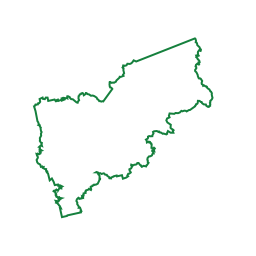 the district of Yarra Ranges, Victoria, Australia, rotated 338°
{"feature_id": "25037944B70077936823133", "entity_name": "Yarra Ranges", "entity_type": "district", "adm_level": 2, "iso_a3": "AUS", "parent_name": "Australia", "parent_adm1": "Victoria", "projection": "mercator", "projection_center": [145.617, -37.75], "detail": "fine", "context": "isolated", "style": "outline", "palette": "green", "viewbox_px": 256, "rotation_deg": 338, "n_neighbors": 0, "source": "geoboundaries", "source_scale": "gbopen_adm2", "svg_char_len": 5755}
<svg xmlns="http://www.w3.org/2000/svg" viewBox="0 0 256 256"><g transform="rotate(338 128 128)"><path d="M224.9,84.2L224.4,83.6L225.0,82.5L224.5,81.4L224.6,80.0L223.3,77.1L223.7,75.4L223.5,74.3L222.9,73.9L223.8,72.4L223.9,70.5L223.6,70.0L160.5,69.4L158.6,67.4L156.5,68.8L155.0,69.3L153.7,69.3L151.5,68.2L150.1,69.3L148.7,69.2L147.0,68.2L146.4,69.0L146.6,69.6L145.6,70.0L146.1,71.4L145.4,72.5L144.9,75.8L143.3,76.8L143.4,78.0L140.4,77.9L139.5,77.4L139.0,78.1L135.0,79.6L134.2,80.5L131.9,80.8L131.4,80.3L129.7,80.0L128.7,78.6L128.3,78.5L127.9,79.1L127.9,79.7L127.3,80.3L126.6,82.8L126.7,83.7L127.1,83.8L127.8,84.8L128.1,85.9L115.0,94.1L114.4,93.6L113.1,93.5L112.1,92.5L111.4,92.3L111.1,90.6L110.4,89.9L110.3,88.1L108.8,85.9L107.5,84.7L105.7,84.2L104.6,82.4L103.2,81.4L102.6,80.1L102.0,79.8L101.4,80.6L99.3,81.1L99.3,79.2L99.0,78.6L97.7,78.4L97.2,78.9L95.8,78.8L94.9,79.8L94.1,80.0L93.1,82.2L93.1,83.9L91.7,84.6L90.8,85.7L89.9,85.0L87.6,80.7L86.1,79.9L85.5,78.5L85.5,77.5L84.2,76.0L83.5,75.9L82.9,77.8L82.4,77.2L81.5,77.1L79.2,75.7L78.0,75.7L79.4,77.8L76.8,77.8L76.8,76.9L73.7,76.8L73.7,75.4L72.0,75.4L71.8,76.3L71.1,76.2L70.6,74.1L64.2,73.0L64.8,69.7L63.2,69.0L61.7,70.1L60.1,69.2L60.2,67.8L56.9,68.0L56.4,70.8L54.9,71.7L54.0,71.4L53.3,72.3L52.7,72.0L51.9,72.2L51.0,71.6L49.5,72.9L49.0,72.8L48.6,77.6L46.6,87.8L46.9,89.0L46.7,90.8L46.9,91.3L46.1,91.7L47.2,92.6L46.8,93.6L47.3,95.0L46.7,95.8L46.2,98.3L46.4,99.4L45.1,100.7L44.6,102.6L42.5,104.3L41.8,106.5L41.4,106.9L41.8,109.1L42.5,109.6L41.6,111.1L41.5,112.4L40.6,111.5L38.5,112.3L39.0,112.7L38.9,113.6L38.1,114.4L39.6,116.5L37.9,116.3L37.9,116.7L37.5,116.7L37.9,116.8L37.9,117.2L37.3,116.9L37.3,117.7L37.5,117.8L37.3,118.0L37.6,118.3L37.3,118.8L35.5,119.0L35.2,118.7L35.4,118.5L34.8,117.9L34.0,118.2L33.5,117.8L33.3,119.6L33.6,120.6L33.3,121.8L31.3,123.4L31.0,125.9L31.4,127.2L32.7,128.7L32.9,129.4L32.7,131.4L34.1,131.6L34.0,132.4L35.0,132.6L34.3,133.4L35.6,134.9L36.6,135.4L36.2,136.0L36.5,137.0L36.1,136.9L36.0,137.2L36.1,138.5L36.7,138.6L36.4,139.4L36.8,140.2L35.8,147.2L38.5,146.3L38.9,150.0L38.7,153.5L41.9,154.2L41.7,155.2L42.6,155.2L43.1,155.5L42.9,155.8L43.7,155.9L45.0,157.4L44.6,157.4L44.1,158.2L43.3,157.2L43.5,156.8L42.7,156.6L42.2,157.0L42.6,158.4L42.0,158.0L40.0,159.5L40.1,159.2L38.5,158.9L38.4,158.3L37.8,158.5L37.8,158.8L35.7,158.4L35.3,158.7L36.7,160.6L36.6,162.0L36.2,161.9L36.0,162.8L36.2,163.3L35.8,163.4L35.9,165.1L37.0,165.6L37.4,166.4L38.3,166.4L38.3,167.0L40.1,168.2L39.3,168.2L39.4,168.4L37.8,168.8L36.9,168.2L36.9,169.5L36.0,169.9L33.7,168.5L33.9,169.8L33.3,170.3L34.6,171.5L34.5,172.0L35.0,173.0L35.0,173.9L35.5,174.6L35.7,177.4L34.9,176.9L33.4,185.9L38.5,186.7L39.0,186.3L52.7,188.6L52.8,187.5L53.6,187.6L53.7,183.9L52.4,183.5L53.0,182.7L52.4,179.5L53.1,178.1L52.8,176.4L53.1,175.9L54.0,174.9L55.9,174.1L56.4,174.8L56.4,175.5L58.2,175.8L58.7,175.4L58.6,175.9L59.6,176.0L59.8,174.6L60.4,175.5L61.1,173.6L61.6,173.8L62.3,172.0L64.4,172.3L64.6,171.1L65.1,171.0L65.3,170.3L65.7,170.1L68.2,170.3L68.9,169.8L70.4,171.6L70.9,171.1L71.2,168.7L71.9,168.4L73.2,168.6L73.6,168.0L75.3,168.2L75.4,167.9L77.0,168.5L79.1,168.3L82.0,165.6L82.3,164.9L82.9,165.0L83.2,164.4L82.9,163.7L83.7,161.7L83.5,160.5L83.1,159.9L83.2,158.6L82.7,157.6L81.6,157.1L82.3,157.0L83.5,158.0L84.0,158.8L84.0,159.3L85.4,159.5L86.2,160.7L88.4,160.9L88.9,161.3L89.3,162.7L90.8,163.5L90.8,164.5L92.2,166.6L91.9,167.6L92.2,167.8L92.5,167.3L93.5,168.2L93.7,167.7L95.7,167.5L96.3,167.7L96.7,167.4L99.7,167.8L99.6,168.7L104.7,169.5L104.3,173.1L107.8,173.3L110.0,172.8L109.6,171.8L111.1,170.5L112.1,170.8L113.9,170.3L113.9,169.3L113.5,168.3L113.8,166.8L115.8,166.6L117.2,165.4L116.9,163.8L117.3,163.2L118.8,164.6L120.0,164.4L121.6,164.9L122.9,164.6L123.5,164.0L124.7,164.4L125.3,166.7L126.1,167.6L125.9,168.3L126.3,169.2L128.2,168.9L130.4,170.4L131.2,169.5L131.7,169.5L134.0,168.0L133.5,167.0L134.1,165.8L134.2,165.0L134.0,164.7L134.9,163.2L136.8,162.2L138.2,162.6L139.9,162.4L141.0,161.2L141.7,160.9L142.3,161.2L142.5,160.4L141.8,158.5L142.1,157.8L143.1,158.0L143.7,158.8L143.8,157.9L145.2,157.0L144.7,156.0L143.8,156.4L142.3,155.2L143.8,152.1L143.8,151.1L143.3,151.0L143.2,149.4L142.4,149.4L142.5,148.7L142.1,148.4L140.1,148.5L140.6,146.7L140.3,145.5L142.3,145.2L142.9,144.6L143.3,143.5L144.6,143.4L145.7,144.1L147.5,144.7L148.0,143.8L149.6,142.6L149.7,141.0L150.9,140.8L153.6,141.6L154.8,143.1L155.1,143.0L155.4,143.4L155.6,143.2L156.1,144.3L156.8,144.5L158.1,146.4L158.8,146.4L161.2,148.3L162.1,148.1L162.4,147.2L163.9,145.8L165.8,148.4L168.3,149.4L168.4,147.5L169.4,147.2L169.4,146.8L167.7,144.5L167.5,143.7L168.9,141.0L166.6,137.6L166.4,135.3L167.8,133.8L170.5,133.7L170.5,132.0L172.0,130.1L176.2,132.2L177.7,131.9L180.0,133.0L181.9,133.0L183.9,132.1L184.7,132.9L186.7,133.0L188.1,133.8L188.6,134.6L191.1,134.2L192.2,134.5L198.4,133.0L198.6,132.5L199.6,132.1L199.9,131.5L201.3,131.5L202.0,130.9L203.0,129.0L204.5,129.7L205.3,131.2L206.0,131.5L206.0,132.8L207.1,134.5L209.0,135.4L208.9,136.6L209.9,138.2L210.6,138.6L210.9,138.2L211.3,138.5L212.5,138.2L212.7,137.3L213.3,136.7L213.3,135.4L214.2,134.7L214.3,133.8L216.4,132.9L217.4,132.0L217.8,131.2L217.7,130.8L218.2,128.2L218.8,127.2L218.6,125.4L218.1,124.9L217.9,122.7L216.8,121.2L216.3,119.8L216.6,119.3L216.1,118.6L215.4,118.4L214.6,117.1L213.5,117.1L213.7,116.1L212.9,115.0L213.1,113.8L214.4,112.2L213.9,109.6L213.3,108.9L212.5,108.8L212.2,108.2L212.2,106.0L212.5,104.9L212.3,102.0L211.6,100.5L211.9,99.4L213.8,98.1L214.1,96.9L213.7,96.3L214.7,94.9L216.2,94.4L217.2,95.6L217.8,95.7L218.0,95.4L217.7,94.3L217.9,93.6L219.1,93.7L219.3,92.2L218.4,90.3L218.6,89.7L217.8,87.8L218.4,87.4L218.4,86.6L219.9,87.4L220.6,87.4L220.2,86.0L220.6,85.9L220.9,84.5L221.5,83.5L223.7,82.2L224.1,82.6L224.1,83.7L224.9,84.2Z" fill="none" stroke="#15803d" stroke-width="2"/></g></svg>